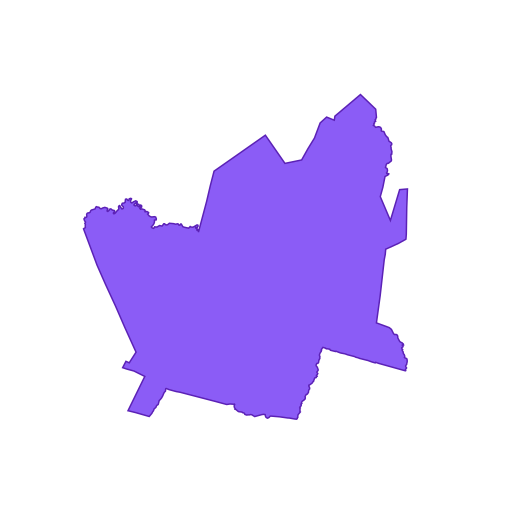 Lupane, Matabeleland North, Zimbabwe, rotated 106°
{"feature_id": "62879985B9904230629136", "entity_name": "Lupane", "entity_type": "district", "adm_level": 2, "iso_a3": "ZWE", "parent_name": "Zimbabwe", "parent_adm1": "Matabeleland North", "projection": "orthographic", "projection_center": [27.928, -18.869], "detail": "fine", "context": "isolated", "style": "filled", "palette": "violet", "viewbox_px": 512, "rotation_deg": 106, "n_neighbors": 0, "source": "geoboundaries", "source_scale": "gbopen_adm2", "svg_char_len": 6095}
<svg xmlns="http://www.w3.org/2000/svg" viewBox="0 0 512 512"><g transform="rotate(106 256 256)"><path d="M120.7,153.6L118.2,154.1L115.7,155.7L114.8,155.9L113.0,156.9L112.6,156.9L111.8,156.3L111.3,156.3L110.7,156.4L109.9,157.1L108.9,159.9L106.2,161.6L105.6,162.2L105.3,163.3L103.8,165.2L101.3,167.2L101.1,167.7L101.3,168.8L101.3,169.9L100.8,170.2L99.4,170.4L98.1,171.6L97.9,172.5L97.9,173.7L98.7,175.4L99.3,176.2L99.2,176.8L98.4,177.8L98.2,179.1L96.9,178.8L96.3,179.2L95.5,178.7L94.6,179.1L93.5,178.1L92.4,179.0L91.1,178.5L90.3,178.7L89.6,178.4L81.9,181.4L72.0,200.1L99.8,218.7L103.9,218.2L103.0,226.4L110.4,231.0L126.5,232.3L138.7,235.7L151.1,238.6L159.0,253.7L137.3,280.3L186.0,319.7L200.8,319.3L217.3,318.5L249.0,317.9L247.5,318.2L247.6,319.7L247.1,320.0L246.4,319.5L246.2,319.9L245.8,321.6L245.2,321.9L245.0,320.8L244.7,320.3L243.1,319.9L242.3,320.5L242.4,321.3L245.2,324.0L245.8,324.9L246.1,326.7L245.8,327.4L247.8,328.4L248.1,332.9L248.0,334.4L245.9,336.6L245.9,337.1L246.5,337.5L247.4,337.7L247.5,338.7L246.6,339.8L246.7,340.4L247.6,342.0L247.6,344.0L248.4,348.3L250.3,349.6L250.9,351.0L250.8,351.8L250.2,352.7L250.5,353.6L252.9,354.4L253.1,354.8L253.3,357.1L255.3,359.0L255.7,360.1L255.9,361.5L257.5,361.9L257.7,362.2L257.6,363.6L256.9,364.6L254.2,363.3L252.7,363.0L251.3,363.0L249.5,363.5L248.8,361.9L247.8,362.0L246.2,363.2L246.2,364.5L247.3,367.1L247.2,368.5L246.9,369.7L245.6,371.7L244.5,371.1L243.8,371.2L243.3,373.2L244.0,374.6L244.0,374.9L242.9,375.1L242.3,375.8L242.2,378.6L242.9,379.9L242.3,380.7L241.4,380.0L240.3,379.4L239.1,379.9L238.8,380.8L239.0,381.7L239.3,382.0L239.9,381.6L240.1,381.2L240.6,381.1L240.9,381.4L241.0,382.5L240.6,383.4L240.2,383.5L239.8,383.6L238.7,383.3L238.7,383.9L238.2,385.2L238.7,385.4L239.7,385.0L240.3,384.9L240.7,385.2L241.1,385.9L241.0,386.8L240.8,387.2L240.3,387.4L239.6,387.2L237.9,386.0L237.4,385.0L236.7,385.1L236.4,385.4L236.1,386.8L237.7,388.8L238.7,389.4L239.2,390.2L238.9,391.1L238.0,391.7L236.7,391.7L235.6,391.4L235.2,391.5L235.1,392.3L235.9,393.6L237.2,393.6L237.7,393.8L237.8,394.5L236.9,395.9L237.0,396.6L237.5,397.1L240.5,396.6L241.4,397.4L242.1,399.0L243.4,399.3L244.0,399.1L244.4,398.8L245.2,397.2L245.8,396.9L246.8,396.8L247.2,397.0L247.7,397.8L247.6,398.1L246.2,399.9L245.2,400.7L245.1,401.1L245.3,401.3L246.0,401.7L246.7,401.7L248.0,401.0L248.6,400.9L249.5,401.2L251.4,402.3L253.3,403.0L254.2,403.6L254.6,404.3L254.2,404.9L253.7,404.9L252.4,404.3L251.7,404.3L251.4,404.5L251.3,405.3L251.5,406.3L251.2,407.4L250.8,408.1L250.8,408.7L251.0,409.3L252.6,409.8L254.0,410.7L253.8,411.5L252.9,411.7L251.6,411.4L251.1,411.8L251.0,412.3L250.9,414.7L252.0,416.5L253.1,417.6L253.3,418.6L253.3,419.0L252.4,420.5L252.7,421.8L252.5,422.8L253.2,423.5L254.8,423.6L255.2,423.8L257.2,426.9L258.2,427.4L259.8,427.6L260.3,428.1L261.1,429.7L261.6,430.1L262.6,430.3L264.2,429.7L265.1,429.5L265.7,430.0L266.0,431.1L266.6,430.9L267.4,431.5L267.8,431.6L269.4,430.5L270.4,429.2L271.9,429.5L272.7,428.7L274.4,428.4L275.4,427.9L276.0,428.0L276.5,428.6L277.4,429.3L308.7,406.2L324.9,392.7L343.0,377.1L360.6,362.6L381.5,344.8L393.6,348.4L393.1,352.0L400.1,353.4L400.3,349.2L400.2,341.6L402.4,329.7L440.0,336.4L439.7,328.4L439.7,314.4L435.9,312.7L434.6,312.5L433.0,311.9L431.1,311.8L429.1,310.5L427.6,310.4L426.8,310.1L426.1,309.4L425.6,309.1L421.7,309.2L420.0,308.3L418.3,307.6L416.1,307.1L414.1,306.9L412.4,306.6L410.9,305.8L408.7,306.2L408.3,306.1L408.1,305.6L408.4,302.8L408.3,295.2L407.9,291.7L407.0,255.5L406.8,243.2L405.4,240.2L404.6,236.4L404.3,235.9L404.5,235.6L406.2,235.7L407.9,234.8L408.4,233.9L409.1,233.9L409.0,233.2L410.3,230.3L410.4,229.6L409.9,226.5L410.3,225.7L410.2,225.1L410.3,224.1L410.5,223.7L411.3,223.1L411.5,221.3L410.9,219.8L410.5,218.4L409.8,217.3L409.8,216.2L410.7,213.0L406.8,206.6L406.1,205.0L405.9,203.5L407.0,203.0L408.1,202.2L408.6,201.1L408.7,200.1L407.5,198.9L406.2,198.3L405.8,197.7L404.1,189.1L402.9,180.5L402.6,179.5L402.0,173.7L401.7,172.1L401.4,172.0L401.0,171.5L400.2,171.6L399.5,171.3L398.4,171.7L396.9,171.8L393.7,170.4L393.5,170.9L391.9,171.2L390.6,171.8L389.9,171.5L389.4,172.2L388.4,171.9L387.6,171.3L386.5,171.5L386.2,171.9L385.7,171.9L385.1,171.3L384.5,171.8L383.9,171.8L382.6,171.4L381.5,170.2L380.7,170.1L380.0,169.4L378.8,169.5L377.5,170.1L375.2,169.5L374.6,168.6L372.6,168.0L371.2,168.3L369.7,168.2L369.0,167.8L368.6,167.9L367.6,168.3L367.0,169.1L366.5,169.1L366.1,169.5L365.6,169.6L365.3,169.1L362.9,167.1L361.5,166.7L360.6,166.1L360.0,166.3L359.4,166.1L357.1,166.0L356.2,164.6L355.4,164.7L354.8,164.1L354.0,165.0L353.1,164.4L351.9,164.2L351.2,165.3L350.7,165.5L348.9,164.8L348.2,164.9L346.0,166.4L345.0,167.9L344.2,168.2L342.6,168.0L342.1,166.9L340.9,166.5L338.7,166.9L338.2,166.5L337.5,166.6L336.6,166.4L335.5,166.9L334.8,166.9L334.3,167.5L333.5,167.8L331.8,167.7L329.6,167.0L328.8,167.3L328.3,167.0L327.8,167.4L325.4,166.5L325.4,164.0L325.7,163.7L325.6,162.9L325.8,162.4L325.5,161.8L325.3,159.4L326.1,158.5L325.9,153.2L325.5,152.9L325.9,148.1L325.5,143.3L325.7,141.0L325.5,133.5L325.8,132.1L325.7,129.4L325.9,128.5L325.6,119.5L325.9,115.5L325.9,111.9L325.2,111.6L325.4,108.5L325.2,80.8L324.9,80.5L324.0,81.1L322.1,80.4L321.1,81.6L320.3,81.9L318.6,81.3L317.4,81.5L316.1,81.5L314.4,82.0L313.3,82.6L312.9,83.8L313.0,84.3L312.7,85.3L312.0,85.2L310.8,85.7L310.0,86.3L309.2,87.4L307.4,88.3L306.5,89.4L306.1,89.5L305.5,89.3L305.2,89.9L304.2,90.6L303.7,90.5L303.1,89.9L302.6,89.7L301.6,90.2L301.3,89.9L301.1,89.9L301.1,90.7L300.7,90.4L300.6,89.8L299.8,90.4L299.8,90.7L299.2,91.6L299.0,93.0L298.6,94.2L296.1,96.7L295.2,97.3L293.9,97.7L293.0,98.6L292.8,99.4L292.9,100.1L293.3,101.0L293.1,101.7L292.6,102.5L289.2,105.6L288.1,108.2L287.1,121.8L259.9,125.7L224.3,131.7L218.8,132.2L213.7,133.2L204.4,122.3L198.5,116.5L193.7,117.5L167.7,124.5L149.8,128.9L152.6,136.2L184.8,136.6L164.7,152.9L155.0,153.0L144.0,153.9L142.0,151.7L140.9,151.0L140.3,151.1L140.4,151.6L140.8,152.6L140.6,153.1L140.2,153.4L139.7,153.1L137.8,153.1L136.8,153.5L135.8,154.1L135.3,155.9L132.1,156.0L130.8,155.4L130.4,154.3L127.4,152.2L126.4,152.2L123.0,153.8L121.0,154.2L120.7,153.6Z" fill="#8b5cf6" stroke="#5b21b6" stroke-width="1.5"/></g></svg>